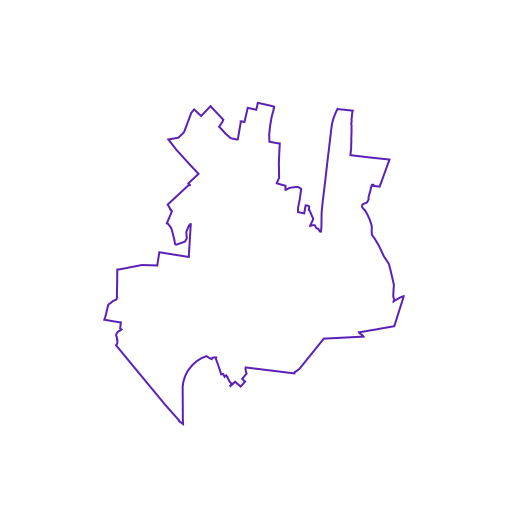 Ovidiu, Constanta, Romania (orthographic projection), rotated 135°
{"feature_id": "2599482B69987061375361", "entity_name": "Ovidiu", "entity_type": "district", "adm_level": 2, "iso_a3": "ROU", "parent_name": "Romania", "parent_adm1": "Constanta", "projection": "orthographic", "projection_center": [28.5, 44.253], "detail": "fine", "context": "isolated", "style": "outline", "palette": "violet", "viewbox_px": 512, "rotation_deg": 135, "n_neighbors": 0, "source": "geoboundaries", "source_scale": "gbopen_adm2", "svg_char_len": 5882}
<svg xmlns="http://www.w3.org/2000/svg" viewBox="0 0 512 512"><g transform="rotate(135 256 256)"><path d="M147.3,208.8L146.9,210.4L146.7,211.9L146.6,214.5L146.5,215.0L146.3,215.6L146.0,216.1L145.3,216.6L144.8,216.9L144.1,217.1L143.8,217.0L143.4,216.9L142.0,216.4L140.8,215.8L140.0,215.5L139.4,215.4L136.4,216.4L134.6,218.2L129.5,221.0L125.6,223.5L123.8,224.3L123.5,224.3L123.2,224.1L122.7,223.4L123.7,222.9L119.5,217.6L118.5,218.1L118.3,218.2L112.8,220.7L108.0,223.0L93.4,229.8L105.3,244.5L117.9,260.5L117.1,261.2L115.4,262.6L114.7,263.2L114.3,263.6L114.0,263.7L113.8,263.8L112.0,265.4L110.6,266.8L108.6,268.7L107.7,269.4L107.2,270.1L105.2,272.0L100.6,276.3L99.7,277.2L99.2,277.7L98.0,278.9L97.2,279.7L96.5,280.4L95.9,281.0L95.4,281.8L95.2,282.1L94.3,282.8L93.9,283.0L93.3,283.4L92.6,284.3L92.3,284.5L92.2,284.7L91.7,285.2L90.9,285.7L90.5,286.0L90.4,286.2L90.1,286.4L89.8,286.7L88.7,287.6L87.9,288.2L86.1,289.6L84.8,290.4L85.3,291.0L87.7,293.9L90.3,297.2L92.0,299.2L94.1,301.8L94.3,302.4L98.9,300.8L104.2,298.4L108.5,295.9L112.8,292.7L122.9,284.7L134.9,275.3L136.8,273.8L148.5,264.5L150.6,262.8L170.2,247.4L175.8,242.9L178.8,240.4L189.3,230.2L192.9,227.3L193.3,227.8L193.5,228.3L192.7,231.3L193.4,232.4L193.6,232.8L193.1,234.9L192.7,235.9L192.8,236.2L193.0,236.6L193.3,237.0L194.9,238.2L195.7,238.6L196.6,238.9L196.6,239.0L190.2,241.3L189.2,241.9L185.7,250.9L186.0,251.3L183.9,253.0L183.5,253.3L183.4,253.9L183.6,254.7L185.1,256.7L185.7,256.3L191.0,252.6L191.8,252.1L193.4,254.6L195.3,257.3L191.7,260.8L189.8,261.9L184.9,265.2L176.6,271.5L177.2,274.0L177.4,274.6L178.0,275.7L179.8,277.2L180.7,277.9L183.2,279.8L184.5,280.6L186.8,281.2L188.4,281.9L188.4,282.0L186.2,284.1L185.5,284.8L189.9,292.6L189.9,292.8L184.6,294.8L184.3,295.0L182.3,297.1L181.4,298.0L178.1,301.4L174.7,305.0L173.6,306.0L171.6,307.9L169.0,310.3L168.4,310.8L167.7,311.5L167.0,312.1L166.9,312.2L164.9,314.0L161.0,317.5L159.6,318.8L161.2,320.7L165.7,327.3L160.9,332.5L158.1,334.7L155.2,337.1L152.7,339.0L149.5,341.2L147.2,342.9L145.8,343.7L143.8,344.9L142.1,345.8L140.4,346.8L139.1,347.6L139.2,347.8L138.2,348.4L137.6,348.8L139.6,352.3L146.4,363.0L152.4,359.2L157.1,366.6L169.4,358.9L171.2,361.8L171.6,362.0L171.7,361.7L186.3,351.4L186.4,351.5L186.6,351.5L186.8,351.6L187.3,352.1L187.5,352.3L187.6,352.5L188.9,354.5L189.6,355.6L190.7,357.6L190.7,360.1L190.9,362.0L191.0,364.0L191.1,364.7L190.9,364.9L190.9,366.0L190.7,369.7L190.7,373.5L190.3,373.5L188.3,373.9L187.7,374.0L186.8,374.2L184.9,374.6L184.2,374.8L183.8,375.1L182.8,375.4L182.2,394.1L195.8,393.8L196.1,403.4L200.5,403.0L205.1,400.9L219.2,394.5L219.5,394.5L220.4,394.4L226.9,394.5L227.1,394.5L227.3,394.6L230.2,396.6L235.6,400.4L237.2,387.3L237.3,385.6L237.3,384.8L237.8,375.0L238.1,368.5L238.6,354.8L238.6,354.7L252.4,355.2L252.5,354.2L252.6,353.6L252.5,353.0L252.7,352.8L253.7,353.7L253.8,353.7L254.0,353.8L282.1,354.8L283.3,350.2L283.3,349.8L283.4,349.4L283.4,349.1L283.8,349.1L283.8,347.1L284.8,346.7L289.1,344.9L295.8,342.2L296.0,342.1L295.8,341.7L295.6,341.3L295.5,341.1L295.5,340.6L296.0,336.4L297.0,334.1L299.7,329.5L302.0,325.6L303.8,323.1L304.4,322.2L304.7,321.8L304.7,321.3L304.7,321.0L304.5,320.6L304.2,320.3L299.0,317.8L296.3,316.5L296.1,316.4L292.5,317.4L292.3,317.6L290.1,320.2L288.1,322.4L286.2,323.2L282.1,324.8L280.1,325.1L279.6,324.6L280.8,323.6L297.6,308.7L302.2,304.7L304.2,302.8L321.7,327.0L326.8,323.3L331.2,320.1L332.6,319.1L332.9,319.5L333.7,320.4L340.8,327.9L342.8,330.1L343.6,330.7L346.2,332.4L354.4,338.0L356.3,339.1L357.6,340.1L359.7,341.5L361.8,343.0L363.2,343.9L363.6,344.5L363.9,344.3L373.9,334.5L382.4,326.3L383.1,325.3L383.3,325.4L383.9,324.8L384.8,324.2L385.2,324.1L385.6,324.0L386.0,324.1L386.3,324.2L387.1,324.6L388.1,325.0L389.0,325.3L389.9,325.4L392.6,325.6L393.2,325.8L393.4,325.9L395.2,325.9L402.8,321.1L403.1,320.9L406.1,319.3L408.3,318.2L405.5,314.2L399.9,306.3L398.5,304.6L398.9,304.3L402.8,301.2L403.2,300.9L403.1,300.7L403.4,300.1L403.1,299.1L403.7,299.1L404.1,299.2L404.9,299.4L405.3,299.6L405.7,299.7L405.9,299.7L406.1,299.8L406.3,299.9L407.1,300.0L408.9,299.9L409.9,299.4L411.2,298.7L411.6,297.4L411.7,297.2L412.1,296.7L412.3,296.6L412.5,296.1L412.6,295.9L412.7,295.7L413.2,295.4L413.4,295.0L413.4,294.6L413.5,294.5L413.9,294.0L414.3,293.7L414.6,293.6L414.9,293.2L415.2,293.0L415.5,292.6L416.1,292.3L416.7,292.1L417.2,292.0L417.7,291.9L418.1,291.9L425.4,215.4L426.7,193.8L427.2,193.4L427.1,193.2L426.4,188.8L421.9,193.6L417.8,197.7L403.5,212.2L401.8,213.9L399.9,215.8L398.1,217.1L396.3,218.4L393.5,220.0L392.2,220.6L390.9,221.2L389.3,221.8L385.9,222.9L383.5,223.3L378.0,223.9L372.5,223.6L367.1,222.4L361.9,220.3L360.8,215.7L360.5,215.7L360.2,214.4L359.1,214.7L358.9,214.7L358.7,214.7L358.4,214.7L358.2,214.6L358.0,214.4L356.8,213.4L355.9,212.4L357.2,211.5L359.0,207.4L364.3,196.8L362.6,195.9L362.6,195.6L363.4,193.6L363.6,192.8L363.0,192.9L361.5,192.7L361.7,190.5L362.1,190.5L363.6,185.2L363.5,182.7L366.0,182.5L366.0,182.1L362.8,182.2L362.8,181.8L359.7,182.0L359.6,181.9L359.6,180.9L359.2,174.5L352.5,174.9L352.7,178.9L345.8,179.5L344.1,182.6L343.3,183.6L342.1,184.5L319.9,156.1L316.7,152.0L311.8,145.8L311.0,146.4L310.9,146.5L310.7,146.6L309.1,146.1L308.9,146.1L308.2,145.9L307.0,145.7L305.5,145.5L304.0,145.6L290.1,147.1L268.5,149.4L266.6,149.7L237.0,123.0L236.9,123.6L236.8,124.8L236.9,125.6L237.2,126.9L237.4,128.0L237.3,128.5L237.1,129.2L235.2,127.8L230.9,124.7L227.2,122.2L223.7,119.6L219.7,116.9L208.2,108.8L207.8,108.6L180.3,122.9L180.0,123.2L182.8,124.5L184.8,125.1L188.7,126.2L190.2,126.5L190.9,126.6L190.7,126.8L189.5,126.6L188.1,129.5L187.3,130.6L185.8,132.0L181.2,136.1L179.5,137.5L178.7,138.4L177.5,140.3L174.3,145.4L170.7,151.2L167.7,156.3L166.9,159.9L165.9,165.0L165.2,167.1L163.4,172.0L161.9,176.1L159.8,184.3L159.5,186.2L159.2,188.6L157.7,190.6L156.3,192.1L153.9,194.3L152.1,196.8L149.8,201.5L148.3,205.4L147.6,207.5L147.3,208.8Z" fill="none" stroke="#5b21b6" stroke-width="2"/></g></svg>